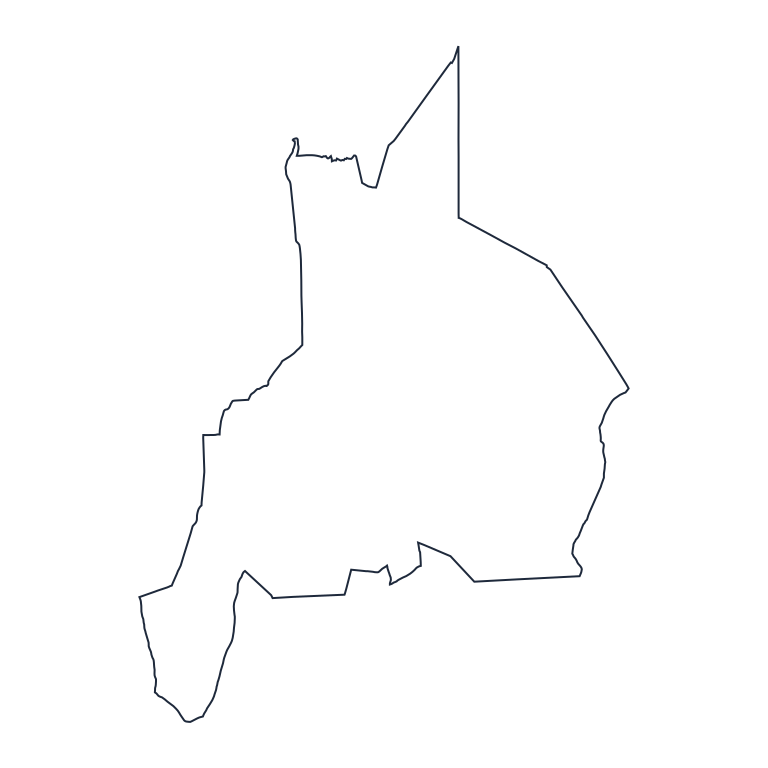 Wajir North, North-Eastern, Kenya (Equal Earth projection)
{"feature_id": "3690345B77349779921322", "entity_name": "Wajir North", "entity_type": "district", "adm_level": 2, "iso_a3": "KEN", "parent_name": "Kenya", "parent_adm1": "North-Eastern", "projection": "equal_earth", "projection_center": [39.341, 2.99], "detail": "fine", "context": "isolated", "style": "outline", "palette": "slate", "viewbox_px": 768, "rotation_deg": 0, "n_neighbors": 0, "source": "geoboundaries", "source_scale": "gbopen_adm2", "svg_char_len": 6120}
<svg xmlns="http://www.w3.org/2000/svg" viewBox="0 0 768 768"><path d="M474.3,581.7L516.6,579.4L579.6,576.2L580.9,573.2L581.3,572.0L581.6,570.5L581.8,569.2L581.4,567.8L580.6,566.5L579.5,565.2L578.4,564.0L577.4,562.5L576.7,560.8L575.9,559.3L575.1,558.2L573.8,556.7L573.3,555.7L572.9,554.7L572.3,553.7L572.8,549.5L573.4,545.6L573.5,544.2L574.2,542.7L575.2,541.1L575.9,539.6L576.9,538.6L577.8,537.5L579.0,535.5L579.8,533.1L580.8,530.8L582.9,525.3L583.5,524.1L584.3,523.4L585.5,521.2L586.2,520.4L586.8,519.9L587.2,519.0L588.3,515.4L589.5,512.3L600.7,487.0L601.5,484.4L603.9,477.7L603.9,475.3L603.9,473.6L604.6,468.6L604.9,464.2L605.3,462.1L605.0,460.6L604.8,458.7L604.4,457.4L603.3,452.5L603.2,451.1L603.3,449.3L603.8,445.8L603.7,444.5L603.4,443.6L602.7,442.8L600.9,441.4L600.7,440.6L600.8,438.2L600.7,436.5L600.5,434.5L600.1,432.4L600.0,430.7L599.5,428.4L599.5,427.4L599.8,426.4L601.8,422.8L603.3,418.4L603.8,416.6L604.4,414.8L606.1,411.2L608.9,406.4L609.7,404.9L611.6,401.9L612.8,400.3L614.3,398.8L620.1,394.8L623.8,393.1L625.5,392.5L627.0,390.6L628.6,388.5L628.2,387.6L626.4,384.4L618.5,371.8L607.2,354.0L595.2,335.5L583.0,317.7L581.8,315.6L562.2,287.3L550.4,269.6L546.8,267.1L546.7,265.3L538.2,260.9L515.7,248.4L504.5,242.6L491.4,235.4L466.5,222.0L461.2,218.9L459.5,218.1L459.1,217.9L458.7,217.9L458.6,213.7L458.6,177.9L458.6,157.5L458.5,139.4L458.6,103.3L458.5,79.7L458.4,46.1L454.2,58.9L451.9,63.0L450.8,62.5L448.3,65.7L427.0,95.2L407.9,121.8L406.0,124.1L405.0,125.7L395.4,138.9L393.7,141.0L388.7,145.3L387.4,149.1L382.3,166.3L377.0,184.8L376.0,187.6L374.3,187.4L372.4,187.4L370.8,186.9L369.6,186.7L368.3,186.4L362.1,182.9L361.6,180.3L356.1,156.5L355.3,155.6L354.1,155.5L351.9,158.3L351.1,158.9L348.8,158.7L347.9,158.5L346.9,158.0L346.1,159.0L344.8,158.8L343.8,160.3L343.2,160.1L342.3,160.0L341.3,160.5L340.6,160.5L336.9,158.6L336.1,160.5L334.3,160.3L331.9,161.3L331.8,159.1L330.9,156.1L330.1,156.8L329.5,157.6L328.5,158.3L327.6,158.3L326.9,157.7L325.8,156.1L324.7,156.4L323.4,156.3L322.7,156.9L321.9,157.2L319.8,156.4L317.1,155.8L314.6,155.4L312.1,155.2L306.6,155.2L299.4,155.8L296.8,155.8L297.6,153.2L298.5,148.9L298.5,146.6L298.0,144.4L297.7,139.4L297.1,138.6L296.2,138.3L294.4,138.8L293.3,139.3L292.8,140.0L293.6,140.9L294.7,141.3L294.8,142.6L294.9,143.6L294.5,145.6L293.8,148.0L293.1,149.3L292.9,151.0L292.6,152.0L291.9,153.3L290.0,156.0L289.5,157.2L287.7,159.8L287.1,161.1L286.6,163.2L285.8,166.2L285.6,166.9L285.6,168.2L286.0,171.2L286.2,174.3L288.0,178.7L288.2,179.0L289.2,180.5L289.8,181.5L290.3,183.1L290.6,184.7L291.5,193.5L293.7,214.8L295.1,228.4L295.1,229.9L295.3,232.5L295.5,234.2L295.7,237.9L296.0,240.4L296.1,240.7L296.4,241.5L298.3,243.4L299.1,244.5L299.3,244.9L299.6,246.3L299.9,248.2L300.5,254.0L300.8,258.5L300.9,260.1L301.3,280.5L301.4,295.7L301.6,302.4L302.0,313.2L302.2,323.7L302.1,331.6L302.3,337.3L302.3,345.0L301.1,346.2L299.1,348.4L297.1,350.1L295.0,352.3L293.6,353.6L289.8,356.4L282.5,360.9L282.1,361.3L280.5,364.0L279.3,365.7L274.1,372.3L270.7,377.2L268.4,381.1L268.3,381.5L268.3,383.8L268.2,384.3L267.7,385.1L267.0,385.5L266.7,386.0L266.2,386.0L265.4,385.8L263.8,386.2L262.2,387.0L259.4,388.8L259.0,388.9L257.7,389.0L257.1,389.2L256.1,390.1L253.9,392.3L251.9,393.7L250.9,394.6L250.1,396.1L249.3,397.9L248.3,399.8L234.5,400.6L232.9,400.9L232.6,401.1L232.3,401.4L230.9,403.7L229.6,406.9L228.8,408.1L228.3,408.6L227.5,409.2L226.8,409.4L225.7,409.6L224.9,410.0L224.1,410.8L223.7,411.8L222.8,415.1L221.8,418.0L221.4,419.7L221.0,421.3L219.8,430.2L219.6,434.5L217.8,434.4L215.3,434.9L213.5,435.0L210.8,435.0L207.4,435.1L203.3,435.0L203.2,437.8L204.3,470.1L204.3,472.2L203.2,485.8L201.6,502.7L201.5,505.5L200.5,506.3L199.5,507.6L198.6,509.1L198.1,510.5L197.6,512.3L197.2,514.2L197.0,515.7L196.9,519.4L196.7,520.6L196.4,521.4L196.0,522.3L195.4,523.2L193.5,525.2L192.6,526.3L192.5,526.7L190.7,533.2L183.2,557.3L180.7,565.6L179.0,569.1L177.9,571.1L177.0,573.5L172.6,583.5L171.8,585.6L170.1,586.1L169.2,586.6L167.0,587.5L157.7,590.6L155.0,591.6L139.4,597.1L140.4,599.7L140.8,601.2L141.3,605.9L141.4,610.3L141.4,611.4L141.6,612.7L142.3,616.5L143.3,619.1L143.7,622.7L144.2,624.6L144.3,627.1L144.5,628.6L145.4,631.5L145.7,632.9L146.5,635.6L147.4,638.6L148.6,642.6L148.7,644.5L148.7,646.1L149.2,647.8L150.9,651.8L151.2,653.1L151.4,654.5L152.0,656.4L152.5,657.8L153.2,659.0L153.5,659.8L153.7,660.7L153.9,662.4L154.0,664.2L154.2,666.9L154.6,669.8L154.5,673.9L154.6,675.4L155.0,676.8L155.9,678.9L156.0,679.2L156.0,679.7L156.0,681.4L155.8,684.7L155.6,686.2L155.3,687.2L155.1,688.1L155.0,690.9L154.9,691.8L154.9,692.4L156.4,693.4L158.5,695.9L160.3,696.8L161.9,697.3L164.7,699.3L167.5,701.7L173.4,706.1L176.0,708.7L177.7,710.6L179.0,712.5L180.3,714.7L181.7,716.8L184.2,720.4L185.1,721.1L186.1,721.5L188.4,721.8L190.3,721.9L191.8,721.2L196.8,718.6L198.3,717.9L199.5,717.4L202.9,716.5L203.5,715.0L204.2,713.5L206.2,710.3L207.1,708.3L209.9,704.1L212.2,700.3L213.0,698.6L214.0,696.3L214.5,694.5L216.0,690.1L216.4,688.2L216.6,686.7L217.1,685.2L217.7,682.0L218.4,680.1L219.5,676.3L220.8,670.6L223.0,663.3L223.8,659.4L224.3,657.6L226.5,651.5L227.3,649.7L229.3,646.2L231.1,642.7L231.9,640.8L232.7,637.8L233.7,631.6L234.0,627.7L234.6,622.9L234.8,618.3L234.8,616.6L234.5,614.7L234.0,610.3L233.8,606.3L234.0,604.1L234.2,602.7L234.7,601.0L235.9,597.7L237.2,593.7L237.5,592.7L237.6,591.1L237.6,589.5L237.8,586.0L237.9,584.3L238.2,583.0L238.7,581.7L239.9,579.1L241.5,576.9L241.9,575.7L242.3,574.5L242.8,573.4L243.6,572.1L245.0,571.0L271.2,595.2L272.6,598.1L292.8,596.9L344.5,594.7L344.9,593.6L346.3,588.7L351.2,569.7L366.1,571.2L367.6,571.2L373.0,571.8L375.0,572.2L377.6,572.3L378.4,572.1L379.5,571.3L382.2,568.8L383.6,567.9L386.1,566.4L387.0,565.6L387.3,566.5L387.5,568.3L388.6,571.7L389.3,573.6L389.7,575.0L390.7,577.5L390.9,580.0L390.3,581.9L389.9,583.3L389.9,584.5L391.4,584.0L392.5,583.4L393.6,582.6L395.0,582.1L396.6,581.4L397.5,580.5L398.8,579.7L403.0,577.5L406.2,576.1L410.1,573.7L411.8,572.4L413.0,571.4L414.7,569.8L416.0,568.3L417.2,567.3L419.2,566.3L420.8,565.9L420.7,562.0L420.1,552.2L419.4,550.7L418.6,545.5L418.1,542.6L423.7,544.8L450.5,556.2L474.3,581.7Z" fill="none" stroke="#1e293b" stroke-width="2"/></svg>